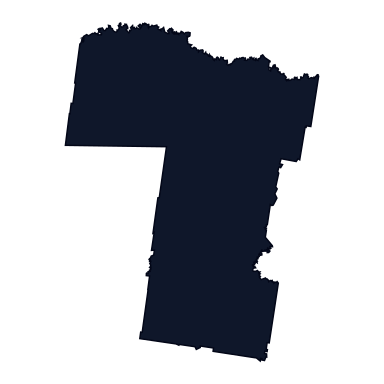 Murrumbidgee, New South Wales, Australia
{"feature_id": "25037944B53831779764710", "entity_name": "Murrumbidgee", "entity_type": "district", "adm_level": 2, "iso_a3": "AUS", "parent_name": "Australia", "parent_adm1": "New South Wales", "projection": "albers", "projection_center": [145.821, -35.012], "detail": "fine", "context": "isolated", "style": "filled", "palette": "ink", "viewbox_px": 384, "rotation_deg": 0, "n_neighbors": 0, "source": "geoboundaries", "source_scale": "gbopen_adm2", "svg_char_len": 5783}
<svg xmlns="http://www.w3.org/2000/svg" viewBox="0 0 384 384"><path d="M264.5,360.5L265.9,357.0L266.7,357.1L266.6,353.9L264.5,353.5L264.8,351.2L267.1,351.6L267.4,349.6L266.2,349.4L267.1,342.6L269.2,342.9L278.3,283.1L277.1,281.6L276.3,282.5L275.1,282.1L273.9,283.2L273.7,282.0L272.8,282.1L272.2,280.6L271.6,281.2L271.3,280.6L270.1,280.5L268.8,281.7L268.1,279.9L267.0,278.9L266.0,278.9L265.5,278.0L261.2,279.6L259.5,277.6L260.3,276.7L259.4,276.2L259.8,275.0L259.2,274.8L259.5,274.2L258.9,273.3L259.7,273.2L259.2,272.8L259.8,272.0L258.9,272.1L257.3,270.5L255.9,271.3L253.3,271.3L252.6,270.1L253.3,268.2L255.6,267.8L254.9,266.7L254.1,267.0L252.7,265.7L253.9,265.1L253.3,264.7L254.5,264.5L253.9,262.6L255.1,263.0L255.0,262.3L254.3,262.1L255.0,261.4L257.1,262.7L256.9,261.7L257.3,261.3L256.3,260.7L256.3,259.9L256.9,260.2L257.3,257.4L258.0,258.2L258.3,257.1L259.2,256.5L258.8,254.3L259.5,253.9L260.5,255.3L261.9,254.9L261.7,253.1L260.4,252.3L261.7,250.1L262.1,250.2L261.9,251.3L263.2,251.3L264.3,250.5L264.4,251.1L265.5,251.1L265.1,250.4L266.5,249.7L267.1,250.8L267.2,252.6L268.7,252.5L269.9,251.1L267.8,249.5L267.7,248.1L269.9,249.0L270.6,248.4L269.8,248.2L270.1,247.6L269.8,246.6L270.6,246.2L270.8,246.7L272.5,246.7L272.3,245.7L265.3,237.3L266.4,230.1L264.9,229.3L265.7,229.3L266.3,228.4L264.8,228.1L264.5,227.5L265.6,227.4L266.4,226.3L266.3,224.8L267.3,224.7L270.3,204.5L271.8,205.5L273.2,205.1L276.9,198.1L274.8,193.8L277.2,188.9L275.7,186.9L278.7,173.2L277.7,171.4L278.9,167.2L279.5,166.8L280.7,167.6L282.5,164.6L279.6,163.8L281.1,158.7L296.2,161.5L298.1,158.7L299.7,159.8L305.1,127.2L306.1,127.4L306.3,125.8L310.8,126.5L318.6,76.4L318.0,76.4L318.2,74.9L317.3,74.7L315.1,77.3L314.0,77.2L314.2,78.4L311.4,77.6L308.8,78.7L308.0,78.0L308.4,76.6L307.6,75.9L307.7,74.6L307.0,74.1L305.9,74.6L304.4,74.0L303.1,77.5L301.7,78.0L301.3,77.0L300.7,77.0L300.9,78.4L300.0,79.7L297.2,79.5L297.0,77.4L295.8,77.9L294.9,77.2L294.3,77.9L295.1,78.8L294.4,79.5L292.0,79.1L290.4,80.3L288.9,80.5L288.8,79.3L288.4,79.3L286.6,79.7L287.2,80.5L286.7,80.8L285.4,79.1L286.2,77.3L283.8,74.5L283.9,73.6L283.3,73.5L282.4,74.3L280.4,73.7L279.9,71.9L278.4,72.0L277.6,70.6L278.4,69.7L278.1,68.5L277.0,67.8L276.1,68.2L275.5,67.4L273.7,67.7L273.9,66.7L275.4,66.2L275.0,64.8L273.4,65.3L272.0,68.6L271.0,67.9L270.6,70.9L268.8,69.7L268.9,68.0L269.8,67.7L268.5,66.6L269.1,61.7L269.9,61.9L270.1,61.2L264.8,57.6L262.7,54.9L260.8,56.0L260.9,56.8L259.8,58.4L258.1,58.9L258.0,60.5L256.6,60.0L256.0,58.4L255.2,58.9L255.3,60.4L253.2,59.5L253.6,58.2L252.5,58.8L251.5,57.2L249.9,57.5L250.3,58.6L249.9,59.1L247.7,59.2L247.2,60.2L246.4,60.4L244.7,60.2L245.5,58.8L245.3,58.0L243.9,58.2L243.2,57.5L241.8,57.7L241.2,58.5L239.6,58.1L238.7,59.2L236.6,58.4L236.0,59.5L234.9,59.3L234.1,60.3L234.4,61.2L233.2,61.4L231.9,63.6L230.7,63.9L230.5,64.8L229.1,64.3L228.1,65.3L226.7,64.3L227.4,62.7L227.2,60.3L224.5,60.7L223.0,59.1L223.2,57.7L222.1,57.9L221.0,57.1L219.5,60.0L218.7,59.4L218.1,57.6L217.2,57.1L216.5,57.8L216.4,59.6L215.1,59.0L214.3,60.5L213.7,59.9L213.8,59.0L212.7,59.0L212.8,57.8L211.9,56.6L211.0,56.5L210.6,55.7L209.9,56.6L209.3,56.3L209.2,54.6L208.3,55.8L207.2,54.1L206.0,53.7L205.7,52.3L204.5,54.0L202.4,52.3L203.2,51.0L202.6,49.9L200.2,50.2L198.5,51.9L198.4,50.1L196.7,50.1L196.2,48.4L194.4,47.3L193.6,47.5L193.6,48.3L193.1,48.6L190.7,47.7L190.4,45.9L191.6,44.9L187.8,43.8L187.6,41.4L186.9,40.8L187.4,39.6L187.2,37.9L187.8,37.2L187.0,36.4L189.4,36.3L189.9,35.8L190.1,32.8L188.4,32.3L185.7,32.6L184.3,33.9L183.2,32.5L182.0,32.7L182.2,31.9L181.2,31.4L180.2,33.4L178.6,33.2L178.7,34.5L177.7,34.2L176.5,31.9L175.2,33.5L175.9,34.0L174.8,34.2L174.2,32.8L174.5,31.9L173.3,32.1L173.2,33.4L172.2,32.5L172.8,31.9L171.8,30.9L172.7,30.8L173.0,29.9L171.4,28.3L170.9,29.0L169.8,28.7L167.7,30.8L168.3,32.0L169.1,32.2L169.0,33.6L167.8,33.6L164.7,32.0L163.6,27.5L162.3,28.7L160.4,29.3L160.7,30.5L157.9,29.0L157.9,28.2L158.7,27.1L157.3,26.5L156.8,25.1L153.5,26.1L152.0,25.3L151.3,26.4L150.0,26.5L149.4,27.2L148.8,26.6L148.4,27.6L148.2,26.8L148.9,25.0L148.7,24.4L146.7,24.8L145.9,23.6L144.7,23.3L144.6,24.5L143.4,24.7L143.4,23.8L142.8,23.6L141.8,26.0L140.0,24.3L138.2,25.9L140.2,27.9L140.9,27.6L140.4,28.7L139.0,29.1L137.6,28.2L136.6,28.3L136.5,27.8L135.9,28.6L134.1,28.7L134.3,27.5L133.0,27.9L132.6,25.6L130.6,27.6L131.5,29.5L130.7,30.4L129.6,30.4L129.9,31.3L128.9,32.8L126.0,29.8L127.9,28.0L127.1,27.3L127.5,26.3L126.5,25.3L126.5,24.4L124.9,24.2L125.0,25.4L123.4,25.7L122.8,27.0L121.8,27.3L120.3,25.7L121.0,24.2L120.6,23.0L119.5,23.5L119.6,24.7L118.3,25.5L119.4,28.2L117.7,30.2L117.0,30.2L117.4,31.1L116.1,32.3L114.1,31.5L112.8,30.2L112.4,28.7L111.0,28.2L110.2,25.8L108.5,25.4L108.9,27.8L107.4,28.6L106.7,28.4L105.3,30.6L103.9,30.6L102.4,28.0L100.5,28.4L100.1,30.1L99.3,30.0L99.0,28.7L98.1,29.3L98.8,30.2L98.7,31.7L101.5,33.3L101.4,34.7L98.1,35.0L98.1,33.2L95.9,33.9L94.9,32.7L94.0,33.6L92.5,33.4L89.1,35.5L88.3,35.7L86.7,34.6L83.5,36.5L83.4,37.5L82.4,37.9L83.6,38.1L82.7,38.8L83.8,39.0L83.9,39.7L81.9,39.8L81.7,41.2L83.6,40.8L83.6,41.4L83.1,42.0L81.2,42.2L80.7,43.6L79.9,44.0L74.7,83.0L75.6,83.2L72.9,103.5L71.2,103.3L69.9,113.8L69.4,113.7L65.4,145.3L166.5,146.7L159.3,197.5L157.9,197.8L153.0,233.2L154.2,232.4L151.5,250.4L154.4,250.1L153.7,255.1L151.2,256.1L150.4,258.2L149.6,258.6L150.0,259.3L149.2,259.6L149.7,260.3L149.6,261.2L150.6,260.9L150.8,261.5L149.8,263.7L150.5,264.3L150.8,266.2L149.7,267.3L151.0,268.0L150.3,269.0L150.7,269.7L149.5,270.3L150.0,271.4L148.1,271.7L148.1,273.2L146.8,273.0L146.4,273.4L146.3,275.6L149.6,276.0L147.8,289.8L148.0,290.5L142.2,332.3L140.7,332.1L139.8,338.6L176.0,343.9L178.9,345.2L179.2,344.4L195.0,346.7L196.3,349.4L200.2,347.5L200.2,346.0L213.5,348.0L213.1,351.3L255.5,357.8L255.9,357.5L260.2,361.0L260.6,358.4L262.0,358.6L261.8,360.0L264.5,360.5Z" fill="#0f172a" stroke="#020617" stroke-width="1.5"/></svg>